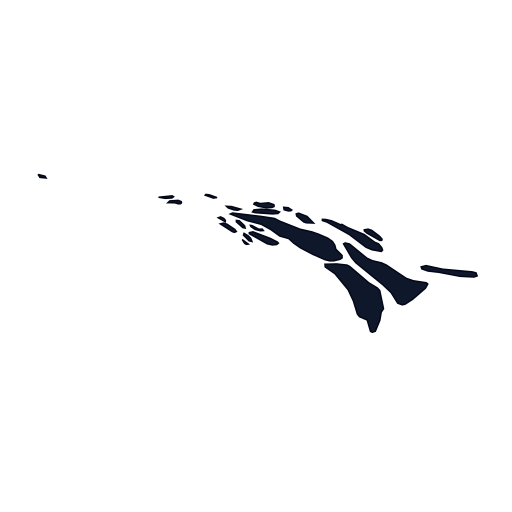 the district of Essequibo I./L.B.E.River, Essequibo Islands-West Demerara, Guyana, rotated 93°
{"feature_id": "73187651B51062108887281", "entity_name": "Essequibo I./L.B.E.River", "entity_type": "district", "adm_level": 2, "iso_a3": "GUY", "parent_name": "Guyana", "parent_adm1": "Essequibo Islands-West Demerara", "projection": "equal_earth", "projection_center": [-58.518, 6.771], "detail": "fine", "context": "isolated", "style": "filled", "palette": "ink", "viewbox_px": 512, "rotation_deg": 93, "n_neighbors": 0, "source": "geoboundaries", "source_scale": "gbopen_adm2", "svg_char_len": 2934}
<svg xmlns="http://www.w3.org/2000/svg" viewBox="0 0 512 512"><g transform="rotate(93 256 256)"><path d="M326.1,135.9L324.9,132.9L313.9,129.0L305.5,128.0L302.0,125.9L284.1,130.6L281.6,133.1L276.9,141.9L261.6,161.8L260.3,164.6L259.7,174.9L260.6,186.7L263.3,186.3L269.6,176.2L284.9,162.2L296.0,156.3L308.7,151.7L311.2,149.5L314.1,141.6L325.3,137.7L326.1,135.9ZM256.8,178.2L254.9,171.9L253.4,169.9L250.9,170.1L245.1,176.6L241.0,177.9L237.5,180.4L234.4,185.3L230.9,194.8L229.0,201.4L226.9,213.5L219.9,234.3L217.5,239.5L216.2,252.9L214.3,281.7L215.4,283.8L221.1,266.8L224.1,252.3L229.0,242.3L234.8,233.4L236.9,224.2L241.2,219.0L245.6,211.9L251.4,199.3L256.1,186.8L257.0,182.2L256.8,178.2ZM296.4,104.7L291.2,97.5L279.3,85.1L275.0,83.0L273.8,84.5L272.5,97.7L270.4,104.9L258.2,125.4L256.3,130.2L254.6,139.6L252.3,145.2L239.1,163.2L238.3,167.7L239.3,169.2L252.6,160.5L257.4,156.1L278.0,127.9L285.4,119.2L295.7,112.0L297.1,107.5L296.4,104.7ZM244.9,131.1L243.5,129.9L241.1,130.9L237.4,134.3L236.1,138.1L228.8,149.2L222.8,166.1L219.9,171.9L220.4,173.1L216.9,182.4L215.9,188.1L215.9,191.6L217.1,191.6L218.4,186.9L229.7,163.9L241.5,146.6L243.7,140.5L244.9,131.1ZM265.6,37.2L264.3,34.1L261.3,35.4L260.5,39.4L259.4,68.9L256.7,85.7L258.2,90.5L260.2,89.7L262.0,83.6L262.7,72.5L265.6,51.2L265.6,37.2ZM243.5,236.0L242.0,234.3L240.9,235.4L237.6,242.9L232.0,260.3L233.0,263.9L234.1,263.8L243.2,245.5L244.1,240.3L243.5,236.0ZM213.1,241.7L212.4,236.3L210.8,234.8L209.4,239.4L208.9,252.6L210.0,260.4L212.2,261.8L212.8,258.9L213.1,241.7ZM220.1,200.2L213.8,207.1L211.0,215.7L211.8,218.0L213.9,217.5L219.5,210.1L220.2,207.6L220.1,200.2ZM233.8,131.3L232.6,131.0L229.8,133.7L224.3,141.8L223.3,145.5L224.2,149.3L225.3,149.1L227.4,146.3L234.0,133.1L233.8,131.3ZM206.7,242.6L205.6,240.5L203.8,240.8L202.2,246.2L203.4,254.5L202.4,258.5L203.1,260.3L204.3,260.9L206.2,256.5L207.4,247.7L206.7,242.6ZM233.5,278.9L232.6,276.9L230.6,278.5L225.8,286.5L224.8,290.0L225.8,293.3L232.9,280.9L233.5,278.9ZM207.7,334.0L206.8,333.2L205.6,333.5L204.5,336.6L205.5,345.0L207.4,346.8L207.1,339.9L208.0,336.1L207.7,334.0ZM211.3,276.7L210.0,273.7L207.9,283.0L207.9,288.1L209.5,286.2L211.1,280.5L211.3,276.7ZM228.7,268.3L226.4,269.0L221.7,274.5L221.5,277.5L222.9,277.4L228.3,270.7L228.7,268.3ZM241.7,260.8L238.6,262.3L236.3,264.8L234.0,269.1L235.8,269.6L241.2,263.7L241.7,260.8ZM202.4,342.9L201.1,341.4L200.3,342.9L202.4,356.4L203.2,349.7L202.4,342.9ZM230.2,250.0L228.8,251.2L229.1,254.6L225.8,261.7L225.7,263.2L226.9,262.6L229.5,258.3L230.6,252.8L230.2,250.0ZM209.0,223.6L208.2,222.7L206.1,226.3L205.9,230.9L208.4,230.3L209.3,226.1L209.0,223.6ZM199.7,298.0L197.4,305.6L197.1,309.2L197.9,309.9L200.4,301.6L199.7,298.0ZM185.9,477.9L188.8,475.9L189.1,469.7L187.3,470.9L186.0,477.7L185.9,477.9ZM222.0,288.4L220.2,290.1L218.8,293.4L219.8,295.7L223.4,288.5L222.0,288.4ZM244.5,264.3L240.3,270.6L244.0,268.0L244.9,266.2L244.5,264.3Z" fill="#0f172a" stroke="#020617" stroke-width="1.5"/></g></svg>